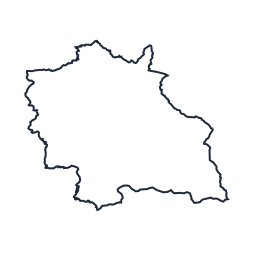 the district of Aileu Vila, Aileu, East Timor, rotated 95°
{"feature_id": "22284137B9751791093782", "entity_name": "Aileu Vila", "entity_type": "district", "adm_level": 2, "iso_a3": "TLS", "parent_name": "East Timor", "parent_adm1": "Aileu", "projection": "robinson", "projection_center": [125.556, -8.74], "detail": "fine", "context": "isolated", "style": "outline", "palette": "slate", "viewbox_px": 256, "rotation_deg": 95, "n_neighbors": 0, "source": "geoboundaries", "source_scale": "gbopen_adm2", "svg_char_len": 5812}
<svg xmlns="http://www.w3.org/2000/svg" viewBox="0 0 256 256"><g transform="rotate(95 128 128)"><path d="M188.6,72.9L188.0,70.4L188.2,68.0L188.0,66.0L186.8,64.0L187.2,61.9L187.7,60.6L192.1,58.6L193.4,58.7L194.5,57.3L196.6,55.7L196.8,55.0L195.7,50.0L193.9,48.6L192.7,47.3L190.1,39.3L191.1,37.0L190.6,34.2L190.8,32.5L192.8,28.2L193.0,26.5L191.0,25.0L190.2,22.3L189.2,23.3L187.8,24.0L183.8,24.3L181.6,25.1L181.5,26.5L179.8,27.7L178.0,30.9L176.6,30.7L173.3,31.7L171.3,31.2L170.5,31.6L169.3,31.1L168.7,31.9L168.2,32.1L166.2,31.8L164.3,34.2L163.1,35.2L161.1,36.4L158.9,36.4L158.1,37.0L154.8,40.1L152.9,43.7L142.6,44.9L141.2,44.3L140.2,44.5L137.7,47.5L137.1,49.4L137.3,50.6L136.3,51.1L135.6,50.8L134.3,49.7L132.6,49.2L131.7,47.9L130.3,46.7L126.9,45.8L122.7,43.4L121.2,43.9L121.0,45.4L119.1,46.6L117.7,48.0L115.4,52.2L114.1,53.3L113.3,55.3L112.1,55.7L111.8,56.2L111.8,57.8L110.5,61.3L110.7,62.0L111.5,62.2L111.7,63.0L111.5,66.0L111.9,67.2L111.7,68.1L111.9,68.9L111.0,71.6L110.2,72.3L109.4,73.6L109.1,75.6L108.2,77.0L106.2,77.6L105.9,78.5L105.7,80.6L104.4,82.8L104.2,83.7L100.4,87.4L99.4,89.0L98.2,90.0L97.7,90.0L97.3,89.5L95.7,91.1L95.3,92.2L94.8,92.3L93.3,94.0L92.6,94.2L92.4,94.6L92.5,95.2L91.7,96.0L91.7,96.6L90.8,97.6L90.0,97.4L89.1,97.8L87.2,97.5L86.9,97.7L87.1,98.6L86.8,99.0L84.9,99.7L83.4,99.4L82.2,98.3L81.8,98.4L81.2,99.3L79.8,99.7L78.5,98.6L76.2,98.1L75.4,97.4L73.2,95.0L72.3,93.1L71.5,94.4L70.9,96.5L69.7,103.7L68.9,112.3L68.6,112.6L67.1,111.6L66.3,112.4L65.6,112.6L64.3,112.3L64.1,112.6L62.6,111.8L62.6,111.0L62.1,110.3L59.4,111.3L58.3,111.4L56.1,109.9L55.5,109.8L54.2,110.4L53.1,110.2L52.6,109.6L51.8,109.9L51.0,109.7L50.6,110.2L48.9,111.1L44.9,111.8L44.1,112.3L43.7,113.4L47.9,118.6L49.8,118.7L51.5,119.4L53.1,118.5L54.2,119.3L55.5,120.8L57.1,121.7L58.2,123.4L59.3,124.1L60.7,124.3L62.1,125.2L62.6,126.1L62.2,127.9L61.1,128.8L60.4,130.6L62.2,131.8L62.5,132.1L62.5,133.0L61.4,135.3L61.0,135.6L60.1,138.1L59.4,139.0L58.9,140.0L57.4,141.0L58.0,142.1L57.9,142.6L57.0,143.1L58.2,144.3L58.3,145.9L58.9,147.2L58.2,149.4L56.5,150.5L55.7,152.0L52.4,152.4L52.3,152.8L53.0,153.6L52.4,154.1L51.9,156.0L50.8,156.8L50.3,159.8L49.9,160.2L49.2,160.5L47.9,162.7L46.8,163.1L45.8,165.0L45.0,165.3L45.0,166.4L44.7,166.7L43.9,166.6L43.9,166.9L44.3,167.5L44.5,168.6L45.8,169.4L47.6,171.5L48.2,171.6L48.5,172.1L48.4,172.7L48.7,173.4L48.4,175.0L48.6,175.6L48.6,176.7L48.9,177.9L49.6,178.0L49.5,179.7L49.8,180.4L49.5,181.6L50.1,182.0L50.3,182.6L51.0,182.2L51.7,185.8L52.1,186.5L52.1,187.3L52.5,187.1L53.2,186.1L53.4,185.1L54.0,184.5L54.5,184.5L55.5,183.7L56.3,185.3L57.0,185.8L58.8,185.4L59.7,184.0L60.8,184.6L61.2,184.0L63.1,184.9L63.0,184.4L62.6,183.9L63.7,183.3L64.0,183.6L63.9,184.4L65.0,184.9L65.4,185.5L65.4,188.2L65.6,189.2L66.6,189.1L67.0,189.6L68.0,189.5L68.2,190.5L68.7,191.5L68.6,193.2L69.4,193.6L69.7,194.4L70.8,195.1L71.1,196.4L70.9,197.5L71.2,198.0L72.3,199.1L73.5,199.7L75.2,201.8L76.0,204.3L76.8,205.0L77.0,206.5L77.5,207.1L77.9,208.5L77.2,209.4L77.5,210.4L77.3,211.0L76.5,211.8L77.6,214.4L77.0,217.3L77.8,218.8L77.8,220.7L78.8,225.9L79.8,228.5L79.8,232.0L80.1,233.6L81.3,233.7L84.1,232.4L85.8,233.3L86.9,233.2L89.0,231.4L89.5,229.6L89.1,228.6L89.3,228.0L90.7,225.8L92.2,226.4L92.7,227.4L94.9,229.6L97.8,231.3L98.8,231.7L100.5,231.8L102.6,233.3L104.8,232.9L106.1,231.7L106.5,230.7L107.5,229.7L108.4,229.5L109.6,227.9L111.1,227.4L112.8,228.0L113.2,228.5L113.9,228.8L114.2,227.3L113.8,225.7L114.7,224.0L116.8,223.6L118.6,223.7L118.7,222.4L118.4,221.2L118.0,220.5L118.2,220.1L119.0,220.5L120.1,220.4L120.9,219.6L121.9,219.4L122.2,218.7L122.8,218.7L124.3,220.6L125.9,220.5L126.8,221.2L127.8,222.3L128.6,223.9L129.4,224.7L130.1,225.0L130.7,225.9L132.6,225.3L133.7,225.3L134.9,226.6L137.0,227.2L137.9,226.3L138.2,225.8L138.3,223.4L139.5,222.9L140.7,223.7L141.2,222.6L140.4,219.8L139.4,218.2L139.4,217.5L139.8,216.8L140.7,216.2L142.5,216.4L144.0,215.9L145.6,214.9L146.4,214.0L146.5,212.0L147.5,212.6L148.1,211.4L148.8,211.0L148.8,209.6L149.3,208.5L149.6,208.7L150.1,209.5L150.0,209.9L150.3,209.9L150.7,209.0L151.3,209.0L151.2,208.1L151.6,207.4L152.3,207.2L153.8,207.4L154.0,207.9L155.3,208.5L156.3,208.3L156.9,208.6L160.3,207.7L163.9,207.7L165.9,208.3L168.6,207.8L169.6,208.2L171.0,207.7L172.0,206.7L172.3,205.6L172.8,205.3L173.1,205.6L173.1,206.4L173.9,206.3L174.4,206.8L175.0,206.6L174.7,205.2L175.0,203.0L174.7,198.6L173.9,197.8L173.2,196.5L172.7,196.2L172.4,194.8L173.0,194.3L172.2,193.6L172.3,193.3L172.9,193.0L172.7,192.6L173.0,191.9L172.7,191.6L172.8,190.8L172.5,190.4L172.6,189.7L172.3,189.0L172.5,188.5L173.4,188.6L173.6,188.4L172.8,184.2L172.3,183.7L171.6,182.2L170.5,181.0L170.9,178.3L171.6,175.8L172.0,174.8L172.7,174.2L173.4,173.9L174.6,174.6L176.4,175.2L177.1,175.1L181.3,171.8L183.4,171.2L185.3,171.4L186.3,171.9L188.9,174.6L189.4,174.6L189.9,174.0L190.2,172.1L191.0,171.8L191.6,171.9L191.7,173.4L192.1,173.7L193.2,173.6L193.9,173.8L194.1,173.3L193.8,172.3L194.7,172.1L195.8,172.7L195.4,172.9L195.3,173.3L195.6,174.2L196.2,174.3L198.2,173.8L200.9,175.9L201.6,175.9L202.2,173.4L202.9,174.7L203.5,174.5L203.8,173.6L203.3,172.5L203.1,170.7L203.4,170.2L204.6,169.5L204.7,168.3L204.4,166.6L205.2,163.8L204.7,161.8L204.0,161.8L203.8,161.0L204.3,160.0L205.0,160.1L205.3,159.9L205.6,158.9L205.0,157.6L205.1,157.2L208.0,153.1L208.8,152.6L209.7,153.1L210.2,152.0L212.3,151.5L211.5,149.7L209.6,147.8L208.6,147.6L207.8,146.9L206.9,141.9L206.0,140.8L205.5,138.6L205.7,136.5L204.6,134.2L203.4,132.2L203.1,130.4L202.6,129.9L202.9,128.4L200.1,128.4L198.3,127.2L197.3,127.2L194.2,128.8L192.4,131.9L191.5,132.6L190.7,132.9L189.7,132.6L188.2,131.3L185.8,127.3L185.4,124.2L185.6,121.9L188.1,119.2L190.4,114.7L189.8,111.9L188.3,110.8L187.1,103.3L185.9,101.2L185.1,98.2L187.4,93.6L189.0,86.8L188.1,82.7L186.2,79.8L188.7,76.9L188.9,75.7L188.8,75.0L188.5,74.6L188.6,72.9Z" fill="none" stroke="#1e293b" stroke-width="2"/></g></svg>